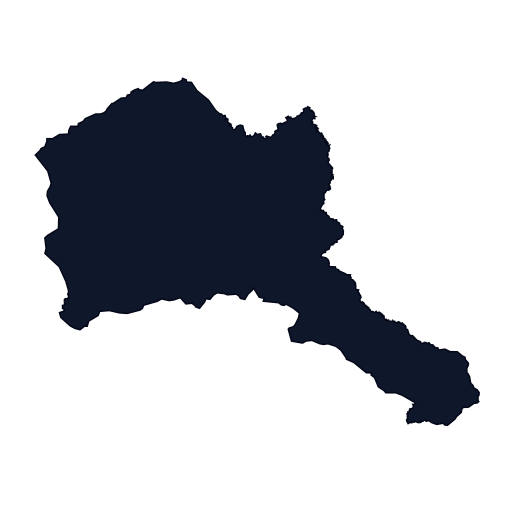 Non Sa-At, Udon Thani, Thailand (Mercator projection), rotated 176°
{"feature_id": "78962969B30121377049744", "entity_name": "Non Sa-At", "entity_type": "district", "adm_level": 2, "iso_a3": "THA", "parent_name": "Thailand", "parent_adm1": "Udon Thani", "projection": "mercator", "projection_center": [102.818, 16.969], "detail": "fine", "context": "isolated", "style": "filled", "palette": "ink", "viewbox_px": 512, "rotation_deg": 176, "n_neighbors": 0, "source": "geoboundaries", "source_scale": "gbopen_adm2", "svg_char_len": 6079}
<svg xmlns="http://www.w3.org/2000/svg" viewBox="0 0 512 512"><g transform="rotate(176 256 256)"><path d="M326.1,434.0L333.1,435.8L343.9,436.1L346.1,436.9L357.5,429.3L360.9,430.0L361.8,431.2L365.7,430.1L369.1,428.3L369.7,426.0L373.1,425.5L374.5,422.9L379.4,422.9L388.0,418.1L389.1,418.2L394.1,413.3L395.5,410.9L398.2,409.3L401.3,408.5L406.1,408.8L416.6,405.0L419.3,402.2L423.9,400.5L424.6,397.8L431.8,398.3L433.8,394.7L434.6,390.7L443.6,390.9L450.8,387.2L456.4,387.6L456.6,385.0L459.0,379.7L462.9,378.2L464.2,376.2L469.1,372.1L457.8,355.3L455.2,342.9L456.6,339.3L459.5,335.1L460.2,330.8L458.1,323.7L450.0,308.5L451.2,296.9L462.3,291.2L465.4,288.7L464.8,278.1L466.4,273.3L453.0,259.0L447.4,243.9L445.6,235.4L445.5,233.1L446.5,230.9L445.4,228.6L446.3,227.8L446.2,226.5L449.3,226.7L450.2,225.8L450.4,220.5L452.5,220.2L452.6,217.2L451.4,217.0L451.2,214.5L456.0,213.2L454.9,208.2L446.1,199.2L441.8,196.5L436.7,194.7L432.1,197.9L429.3,197.7L427.5,202.7L417.6,207.7L415.8,211.7L406.0,211.8L396.2,208.8L388.5,207.7L375.4,210.2L373.0,211.6L371.6,214.7L357.6,217.7L353.3,219.8L345.7,217.6L341.2,217.9L334.4,219.7L329.3,213.1L323.2,213.3L319.8,210.4L319.9,209.5L316.0,207.8L310.4,213.8L309.1,216.8L304.9,216.0L300.9,220.2L297.2,222.0L290.3,220.7L287.3,219.3L278.3,219.3L275.7,217.2L274.5,214.8L270.2,213.4L266.6,218.5L261.8,222.5L260.8,224.4L255.6,214.6L250.8,213.2L251.9,210.4L236.7,207.8L234.2,205.5L231.5,204.8L229.2,205.8L222.5,201.4L216.6,195.9L218.1,190.9L221.8,184.7L223.8,182.8L228.0,181.8L228.9,180.7L226.5,168.6L215.6,165.9L212.0,167.7L206.1,167.9L198.6,164.1L195.1,163.1L190.2,163.4L182.5,160.3L177.9,156.2L172.9,147.6L173.0,146.7L165.9,143.0L154.1,131.9L149.1,131.3L149.4,129.2L146.2,126.4L143.1,117.0L137.7,112.8L136.0,110.5L126.1,109.8L120.0,107.0L107.9,98.9L107.0,96.9L110.0,97.1L109.4,95.6L110.2,93.2L113.4,92.6L114.2,89.8L115.5,89.8L115.3,88.8L116.5,87.9L115.7,87.2L116.3,85.6L115.8,85.0L117.3,81.3L116.0,78.2L114.0,79.2L112.4,78.8L112.5,79.6L109.8,79.2L109.2,80.0L105.5,78.4L103.0,78.6L103.1,79.8L101.1,79.5L98.5,81.0L97.9,79.3L94.6,79.7L92.9,77.8L87.5,75.4L80.9,76.1L79.6,74.3L76.9,73.7L68.7,79.6L67.2,81.8L62.2,85.6L61.3,89.1L59.8,90.5L54.5,90.4L48.7,93.9L45.8,93.9L43.9,95.2L44.6,96.3L44.4,100.3L43.3,101.5L42.9,104.2L44.7,107.1L47.9,109.2L48.5,111.6L50.7,114.2L51.4,120.7L52.7,123.8L53.7,124.4L53.6,129.1L51.8,132.3L51.6,134.3L54.3,138.0L54.6,140.4L57.4,142.1L61.8,146.4L69.2,147.1L74.0,149.9L80.4,149.5L81.0,151.7L83.9,151.9L84.2,153.4L85.7,153.6L85.7,155.0L87.9,155.2L89.5,157.4L92.1,156.6L92.2,157.6L93.7,158.1L97.1,156.8L98.0,159.1L101.4,160.8L105.4,165.7L107.3,165.6L108.8,167.3L110.0,172.1L111.5,172.5L111.5,175.5L113.9,178.0L115.5,178.1L115.1,179.0L116.9,178.7L117.3,179.9L118.8,180.5L119.8,179.3L121.0,180.0L121.6,179.5L122.3,181.2L123.8,181.2L124.1,181.9L124.4,181.2L128.3,181.9L128.3,182.9L130.9,182.6L130.6,183.7L131.8,183.7L132.5,184.8L132.5,187.3L133.3,187.9L134.3,187.3L134.1,188.8L135.5,188.8L134.9,189.7L136.1,190.7L136.8,190.3L136.9,191.3L139.7,191.2L140.1,192.3L141.2,191.3L143.9,192.6L144.9,192.1L146.3,195.0L147.0,195.1L147.3,196.8L148.5,196.4L148.6,197.8L149.7,197.7L149.7,199.1L151.9,199.8L151.3,200.7L152.0,202.0L153.3,202.9L153.8,202.0L155.0,202.7L155.5,205.3L154.1,207.6L154.7,209.8L155.6,209.8L155.6,211.8L156.9,212.7L156.0,215.0L158.9,215.8L158.5,220.1L159.9,221.0L158.6,222.0L160.9,225.3L163.1,226.4L162.7,228.1L163.6,229.3L163.1,230.6L167.8,231.2L167.8,231.9L174.3,235.4L174.7,236.6L177.2,237.5L177.6,239.6L182.9,240.2L184.0,241.5L183.4,243.8L184.3,247.2L186.3,249.3L191.3,250.8L190.7,252.9L188.4,254.7L186.4,254.8L186.3,256.6L182.7,257.7L181.0,261.7L178.6,261.8L178.8,262.9L177.5,262.7L176.8,263.9L174.2,264.1L174.0,266.8L172.3,266.8L169.6,268.5L170.3,268.9L169.9,269.8L168.9,269.6L167.5,271.4L167.1,274.8L167.9,277.6L167.3,279.3L170.0,280.8L170.5,283.1L173.0,284.5L173.1,286.5L176.1,286.4L176.5,287.6L179.6,288.0L180.6,290.5L182.9,292.5L182.9,294.4L184.9,294.8L185.7,296.8L187.1,296.4L188.7,298.7L186.0,302.9L184.7,303.5L184.8,306.5L183.5,307.5L184.2,308.8L183.7,314.3L182.7,314.2L180.7,316.9L178.9,316.6L177.6,317.3L178.4,318.2L177.1,318.3L177.6,321.3L178.7,322.6L176.9,323.7L177.1,325.5L175.5,326.5L175.6,328.3L173.6,327.6L173.4,329.5L174.2,329.7L173.2,330.2L174.6,330.2L173.8,331.2L174.9,331.1L174.1,332.1L175.4,333.5L174.3,333.7L174.2,337.1L173.4,338.3L177.8,344.3L176.3,346.6L176.5,348.0L177.8,349.2L177.2,351.6L178.0,351.8L177.0,352.6L177.7,354.0L175.7,355.8L175.7,357.7L174.9,358.2L175.7,359.8L174.9,361.5L176.0,361.1L176.8,362.0L176.2,363.3L177.6,363.2L176.9,364.6L177.7,365.6L179.1,364.8L179.6,366.1L178.5,366.8L179.3,367.1L179.0,368.2L181.1,368.8L180.3,369.4L180.4,370.7L181.5,370.5L181.3,371.6L182.2,371.4L181.5,372.5L182.0,374.0L182.6,373.6L184.4,374.6L185.8,377.3L186.9,375.8L187.1,377.0L185.3,378.6L186.6,379.0L185.9,379.6L187.0,380.2L186.5,381.4L187.8,381.1L187.2,382.5L190.9,384.0L190.1,385.8L191.1,386.5L190.1,389.1L187.7,389.0L188.6,390.9L187.0,391.0L187.9,391.6L188.2,394.8L189.4,396.7L190.2,397.4L190.5,396.6L191.7,396.8L192.0,398.5L192.8,398.5L191.9,400.2L194.2,401.3L194.6,399.6L196.0,400.3L198.6,399.2L198.2,397.8L198.8,395.7L200.7,395.6L202.5,393.3L205.3,392.6L205.4,391.8L207.6,390.7L210.9,390.4L211.6,392.2L213.1,391.9L214.1,393.2L216.6,391.9L215.4,390.1L215.6,387.2L217.2,387.6L220.8,385.9L221.8,386.7L224.7,386.4L225.0,385.0L225.7,385.1L225.0,380.7L228.5,379.0L228.3,377.9L229.3,376.2L230.0,375.4L230.8,375.6L232.6,373.2L237.1,374.9L237.7,374.6L237.1,374.1L237.4,372.8L239.9,372.5L240.5,374.2L241.8,374.3L243.0,377.6L246.5,377.2L248.0,378.8L249.8,376.1L251.5,375.3L252.9,375.7L253.5,377.1L254.5,376.1L255.9,376.5L256.1,375.6L257.0,375.7L258.3,377.5L258.2,380.1L259.1,381.0L260.2,386.9L262.8,387.7L266.1,386.6L267.6,384.1L269.4,383.3L270.4,384.2L270.5,385.6L272.3,387.3L271.6,387.8L272.0,389.4L273.3,388.8L272.8,389.8L275.0,391.6L274.4,394.3L275.3,395.1L277.0,394.5L276.3,395.4L277.1,398.4L279.1,398.0L280.5,400.0L282.4,400.4L286.1,404.1L292.6,414.9L303.5,425.2L308.3,433.7L313.2,434.4L313.3,436.7L316.9,438.3L317.5,436.5L320.0,435.2L326.1,434.0Z" fill="#0f172a" stroke="#020617" stroke-width="1.5"/></g></svg>